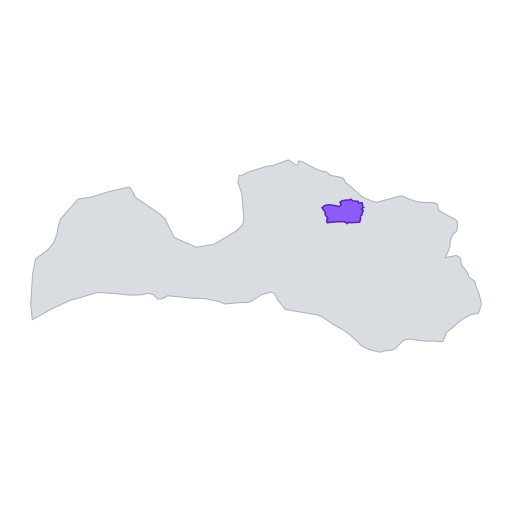 location of Smiltenes within Latvia
{"feature_id": "LVA-5798", "entity_name": "Smiltenes", "entity_type": "Municipality", "adm_level": 1, "iso_a3": "LVA", "parent_name": "Latvia", "parent_adm1": "", "projection": "natural_earth1", "projection_center": [26.061, 57.417], "detail": "fine", "context": "in_parent", "style": "filled", "palette": "violet", "viewbox_px": 512, "rotation_deg": 0, "n_neighbors": 0, "source": "natural_earth", "source_scale": "10m", "svg_char_len": 2770}
<svg xmlns="http://www.w3.org/2000/svg" viewBox="0 0 512 512"><path d="M380.6,352.2L377.4,351.8L368.5,349.3L360.9,345.5L356.4,340.5L348.6,333.7L343.5,330.2L335.5,325.8L322.1,316.9L317.2,314.8L293.5,310.9L284.9,309.2L277.1,299.1L274.5,293.2L270.7,292.2L266.4,293.4L261.8,294.6L251.0,301.4L247.6,302.4L240.9,302.5L225.4,304.0L218.4,301.5L206.2,298.8L199.5,298.3L193.7,298.4L167.6,295.7L162.8,298.7L157.9,299.2L153.3,294.6L147.6,293.4L141.1,294.9L129.4,295.1L115.6,293.6L98.0,292.5L95.4,293.0L75.7,299.0L70.9,299.9L49.4,310.1L32.3,319.7L30.7,304.4L32.6,274.0L35.5,259.0L47.3,250.2L53.3,243.4L57.0,234.3L58.2,225.9L60.7,219.0L78.0,199.1L91.3,197.0L109.4,191.5L129.5,186.9L133.3,192.7L135.2,197.2L159.0,213.4L165.1,218.9L174.2,237.6L196.5,247.2L214.2,244.2L222.0,239.5L236.2,231.0L242.6,224.8L243.9,218.8L241.7,193.2L237.9,182.1L239.3,175.2L241.8,175.5L247.8,172.2L267.5,166.0L271.4,165.8L275.9,164.5L288.3,159.8L292.2,162.3L295.5,165.1L297.4,165.2L298.2,164.1L298.0,162.3L298.9,161.0L302.4,161.7L316.7,169.4L322.2,171.2L326.0,171.7L330.5,175.3L342.7,177.8L344.2,179.6L345.2,182.0L356.6,191.8L361.8,196.7L372.0,201.2L376.4,202.3L394.2,197.7L399.1,196.1L403.3,196.1L407.5,198.5L417.0,201.7L425.7,202.7L427.3,202.5L434.6,202.9L437.2,204.1L438.9,210.4L447.3,215.3L455.1,219.4L457.1,221.3L457.7,225.0L457.2,229.2L456.3,231.4L453.1,234.0L450.3,240.4L450.0,246.6L445.6,257.2L446.6,257.4L456.0,255.5L458.7,256.6L460.7,258.9L461.5,265.6L464.6,268.6L467.8,273.3L468.8,277.0L474.8,281.3L475.3,284.2L479.1,294.1L480.6,299.9L481.3,304.3L479.5,310.0L478.0,313.8L476.1,313.6L470.7,314.6L462.3,319.2L449.7,330.0L446.4,332.5L443.2,340.7L442.4,341.6L435.0,341.2L433.0,341.0L425.6,341.2L409.4,339.0L403.2,340.4L395.0,348.8L391.8,350.1L382.3,351.2L380.6,352.2Z" fill="#d9dde1" stroke="#a8b0b8" stroke-width="1"/><path d="M362.6,204.8L362.6,207.2L363.5,207.4L362.7,208.1L362.2,208.4L361.7,208.8L361.5,209.4L362.0,209.7L362.4,209.9L362.9,210.1L363.1,210.5L363.2,210.9L362.9,211.3L362.7,212.0L362.5,212.6L362.1,213.1L361.9,213.6L362.0,214.4L362.1,214.8L361.1,215.5L360.5,215.6L360.4,218.3L360.5,218.9L360.7,219.4L360.4,220.1L359.8,220.7L359.9,221.7L359.6,222.2L351.4,222.7L349.6,222.5L348.0,222.9L346.9,223.6L346.0,222.4L345.0,222.3L344.1,221.8L342.7,221.6L337.7,221.8L337.3,221.7L336.5,221.7L335.8,221.9L328.9,222.5L328.0,222.6L327.4,222.8L326.9,222.0L326.6,221.1L327.0,219.7L326.9,219.2L327.1,218.7L327.9,218.4L327.8,217.8L326.0,215.9L324.9,214.1L325.5,212.7L322.6,208.6L322.0,207.6L323.1,207.0L323.4,206.4L325.8,205.1L329.4,204.8L333.0,205.3L336.8,205.9L339.2,206.7L340.8,205.1L340.8,203.5L339.9,202.4L341.8,200.8L346.4,200.0L349.1,200.0L350.9,199.2L352.9,201.0L354.7,201.0L358.2,201.4L358.5,203.0L360.8,202.8L362.0,202.6L362.6,204.8Z" fill="#8b5cf6" stroke="#5b21b6" stroke-width="1.5"/></svg>